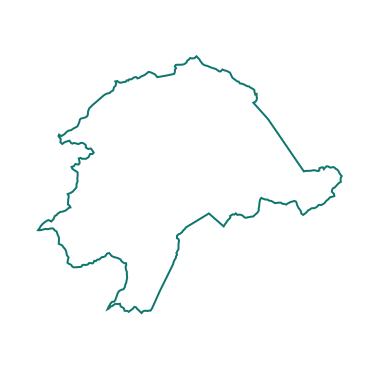 outline of Icó, Ceará, Brazil, rotated 193°
{"feature_id": "56859067B37935390607257", "entity_name": "Icó", "entity_type": "district", "adm_level": 2, "iso_a3": "BRA", "parent_name": "Brazil", "parent_adm1": "Ceará", "projection": "natural_earth1", "projection_center": [-38.777, -6.36], "detail": "fine", "context": "isolated", "style": "outline", "palette": "teal", "viewbox_px": 384, "rotation_deg": 193, "n_neighbors": 0, "source": "geoboundaries", "source_scale": "gbopen_adm2", "svg_char_len": 5356}
<svg xmlns="http://www.w3.org/2000/svg" viewBox="0 0 384 384"><g transform="rotate(193 192 192)"><path d="M151.1,302.0L152.2,301.2L153.4,303.1L154.3,305.5L156.0,306.2L158.9,307.0L160.3,307.7L161.8,307.5L163.5,307.9L165.3,308.4L167.4,308.8L169.6,308.5L171.3,310.0L173.0,310.0L174.2,310.6L175.8,311.3L177.3,311.9L178.7,312.8L179.7,314.1L181.9,316.9L184.0,317.4L185.4,317.8L187.7,317.8L189.9,318.2L191.2,316.0L192.6,315.6L196.4,317.2L200.8,317.5L205.3,318.3L208.0,318.3L210.5,319.1L213.7,321.8L214.6,322.9L216.7,324.3L218.2,325.2L219.7,323.0L222.0,322.1L224.0,322.1L224.9,320.2L226.1,319.0L226.5,316.9L227.7,315.5L228.7,314.5L230.0,314.1L231.3,313.5L234.9,312.7L236.4,312.2L237.0,310.6L235.4,309.1L236.2,307.3L235.7,305.3L235.9,303.1L243.1,299.7L251.7,296.1L254.2,298.1L256.3,298.7L258.2,299.1L259.7,299.3L261.4,299.3L262.2,298.1L264.5,295.3L267.8,292.9L269.2,291.2L270.8,290.4L271.9,291.4L273.3,291.1L275.0,290.0L276.1,288.3L278.6,287.6L279.1,286.2L280.5,286.3L281.5,284.4L282.9,284.0L285.8,282.5L287.4,282.3L289.8,283.3L291.6,282.5L290.3,281.0L290.4,278.3L291.5,276.6L291.7,273.3L293.7,271.3L294.5,269.9L296.6,269.0L298.1,268.0L299.8,266.2L305.5,258.3L306.8,256.6L308.5,254.3L311.0,250.3L311.4,247.0L310.9,243.9L311.2,242.2L312.8,240.6L314.8,239.5L317.0,238.4L317.6,237.0L317.5,235.2L317.8,233.0L318.3,230.4L319.5,229.1L321.6,227.4L323.6,225.2L326.0,224.0L327.6,222.5L329.3,219.6L332.1,216.9L334.4,218.0L334.7,216.5L331.7,213.8L331.4,210.8L329.2,209.6L328.1,211.1L326.1,212.7L322.9,214.4L320.9,212.6L319.5,212.2L318.0,213.2L316.2,213.3L313.5,213.1L311.5,214.7L310.0,215.2L307.6,214.7L305.9,213.6L305.5,211.5L302.8,210.5L301.5,211.3L300.1,211.5L296.6,208.3L297.6,206.6L299.8,206.1L300.7,202.6L302.8,200.5L304.7,200.1L306.8,199.6L308.3,200.2L309.9,199.2L308.4,196.2L308.0,194.7L308.8,193.2L311.9,193.0L313.0,190.4L315.0,189.4L314.0,187.9L312.0,186.9L309.2,186.0L307.9,185.4L307.1,182.3L306.7,178.9L305.9,176.8L306.3,173.8L305.6,170.6L306.7,168.4L308.4,165.4L310.5,163.5L312.7,162.0L311.2,160.4L310.8,156.3L310.1,152.0L308.2,151.1L307.0,149.6L308.5,148.8L310.0,146.7L311.3,145.3L313.8,143.7L315.8,143.0L318.1,140.5L318.8,138.9L320.2,137.9L320.9,134.3L322.5,131.6L324.0,132.1L325.5,132.3L326.7,131.6L328.4,129.8L330.1,127.7L331.7,124.9L332.4,122.5L333.4,120.2L331.7,120.5L329.9,121.3L328.2,122.2L326.4,123.1L324.3,123.3L322.5,124.1L321.0,124.9L319.0,125.2L317.3,123.8L315.1,123.1L313.8,121.1L313.0,119.6L312.0,118.6L311.2,116.9L310.8,115.0L310.4,113.0L310.1,111.4L308.1,111.2L306.2,110.6L304.6,109.0L303.1,108.1L301.6,106.4L300.7,104.7L299.8,102.4L297.6,100.5L297.6,97.9L297.5,95.1L295.8,94.3L294.0,94.1L292.8,93.4L291.8,92.3L290.1,92.0L287.6,92.7L285.8,93.4L284.4,93.7L282.9,94.4L282.5,96.0L281.3,96.7L279.5,96.9L277.3,97.8L276.2,99.7L274.5,99.9L272.7,100.1L272.0,101.5L271.7,103.0L270.2,103.0L269.0,104.9L267.1,105.4L265.9,107.4L264.9,108.4L263.5,108.8L262.0,110.1L261.0,112.8L258.9,113.9L257.5,112.8L255.9,111.6L253.8,111.1L252.1,111.0L250.3,111.0L248.2,110.7L246.3,110.1L245.3,108.9L243.4,107.9L241.7,107.4L240.2,107.8L239.6,105.9L239.9,104.2L239.0,101.8L237.5,99.5L236.9,96.9L236.4,95.3L235.9,93.9L235.8,90.7L235.7,88.5L236.1,87.0L236.0,84.5L236.8,81.9L238.9,80.8L240.9,78.9L241.7,76.2L241.9,73.8L242.1,72.1L242.4,69.6L243.1,67.7L245.1,67.0L246.3,65.0L247.3,61.6L247.9,58.8L246.7,59.9L245.8,61.8L244.1,63.0L241.9,65.4L240.6,66.0L239.2,66.1L237.1,66.9L235.8,64.5L233.7,63.9L232.2,63.3L231.0,61.1L228.2,61.6L226.7,61.0L225.5,62.5L224.2,63.9L223.3,65.1L222.3,67.1L220.7,67.1L219.2,65.9L218.0,65.2L215.8,63.8L213.9,62.7L213.0,64.6L211.5,65.6L210.0,66.0L208.5,66.0L207.3,66.8L205.7,67.1L204.7,69.8L201.1,88.1L194.6,115.6L194.2,117.7L194.1,120.2L193.5,122.5L192.9,124.3L193.1,125.8L192.4,127.6L193.5,129.0L193.1,130.7L192.4,133.0L192.6,134.8L193.2,137.0L193.6,139.4L193.7,141.8L194.8,143.2L196.3,143.6L196.8,146.0L195.7,147.7L194.3,148.6L192.7,150.5L192.0,152.4L190.7,154.3L189.9,156.2L187.4,158.6L170.7,174.9L153.4,165.6L152.8,167.6L151.8,169.8L150.7,172.8L149.6,174.2L148.9,175.7L149.5,177.2L148.3,178.4L147.3,179.4L145.7,179.5L144.5,181.0L142.7,179.9L140.4,180.7L138.6,180.7L137.1,180.3L135.3,179.1L133.5,179.0L132.0,179.9L130.5,180.4L129.1,181.2L126.9,181.9L125.4,184.1L124.1,185.9L123.1,187.7L122.8,189.2L123.3,190.8L123.3,193.2L123.7,195.4L123.9,198.0L123.9,199.9L123.2,201.8L121.0,201.4L118.5,201.2L116.7,201.6L115.1,200.9L113.1,201.1L110.8,200.6L108.7,199.8L106.5,200.6L104.9,201.2L103.0,201.6L101.4,200.9L99.3,201.1L97.5,200.9L96.3,202.2L93.9,204.3L92.1,205.3L90.4,206.2L88.8,206.2L87.7,205.0L86.4,202.6L84.7,200.5L82.9,199.1L81.5,197.6L80.5,195.5L78.5,194.7L76.7,196.8L75.4,198.7L74.7,200.3L73.4,201.2L72.2,202.8L70.5,203.5L68.8,203.9L67.8,204.8L66.7,206.0L66.1,207.3L65.0,208.2L63.2,208.3L61.8,209.5L60.4,210.9L59.1,213.8L57.8,215.2L56.3,217.9L54.9,218.6L52.4,220.0L53.3,222.2L55.8,223.7L56.0,225.5L55.5,227.3L53.8,228.7L51.5,232.9L50.5,234.2L49.3,235.2L50.1,237.7L50.2,239.7L49.7,241.2L51.6,242.6L53.2,244.3L54.3,245.7L55.9,246.6L57.4,247.0L58.5,247.8L60.0,248.1L61.7,247.2L63.2,246.9L65.4,247.6L66.8,247.2L67.9,245.5L68.7,243.9L70.1,245.5L71.9,244.8L73.2,243.8L72.8,241.6L74.0,240.7L75.5,240.8L78.4,240.6L80.5,239.6L82.6,239.0L84.4,238.5L86.4,238.0L87.6,237.2L94.4,243.4L95.5,244.4L112.4,260.0L121.2,268.1L134.4,280.2L152.3,292.8L150.7,294.1L149.8,295.6L149.8,298.1L150.8,300.3L151.1,302.0Z" fill="none" stroke="#0f766e" stroke-width="2"/></g></svg>